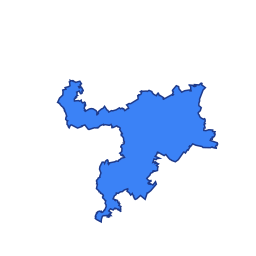 the district of Ashbourne Lea-6, Meath, Ireland, rotated 138°
{"feature_id": "5873133B77849268115801", "entity_name": "Ashbourne Lea-6", "entity_type": "district", "adm_level": 2, "iso_a3": "IRL", "parent_name": "Ireland", "parent_adm1": "Meath", "projection": "albers", "projection_center": [-6.417, 53.558], "detail": "fine", "context": "isolated", "style": "filled", "palette": "blue", "viewbox_px": 256, "rotation_deg": 138, "n_neighbors": 0, "source": "geoboundaries", "source_scale": "gbopen_adm2", "svg_char_len": 5819}
<svg xmlns="http://www.w3.org/2000/svg" viewBox="0 0 256 256"><g transform="rotate(138 128 128)"><path d="M139.1,202.1L139.8,201.2L140.8,201.5L141.0,200.8L142.8,198.2L144.6,198.5L147.7,200.1L148.1,198.4L151.1,199.9L152.1,198.3L154.4,196.1L158.9,196.0L163.2,194.1L162.6,193.3L162.8,192.7L162.3,191.8L162.7,191.1L162.7,188.6L162.4,187.1L162.8,185.5L162.5,185.4L163.2,183.4L163.7,183.4L164.1,181.1L165.7,177.7L166.7,177.6L168.5,176.2L168.5,174.9L168.0,173.7L169.0,173.5L170.9,171.4L170.8,170.0L171.5,168.9L171.6,167.5L168.9,168.6L167.9,168.0L165.5,161.7L161.2,159.9L160.8,159.9L160.8,160.4L158.0,159.1L158.4,153.8L158.0,153.0L152.7,150.6L151.6,149.3L150.5,148.9L150.4,148.2L146.9,148.3L143.8,147.1L144.1,146.4L142.7,145.8L140.1,142.5L138.2,142.0L138.9,140.1L138.6,139.8L139.7,139.1L139.0,138.4L134.9,137.1L134.8,135.6L134.4,135.4L133.8,133.5L134.2,132.8L135.2,132.5L136.0,128.0L136.4,128.1L136.3,127.5L137.5,127.7L138.1,126.8L137.7,126.1L138.0,123.6L139.6,121.6L139.8,120.4L140.4,120.4L140.2,120.2L140.6,119.5L141.4,119.0L143.9,119.6L145.8,119.0L146.1,118.7L145.8,118.0L146.1,116.9L148.5,114.6L151.0,114.8L150.8,113.7L151.4,112.6L150.7,111.8L150.8,111.3L150.1,111.5L150.3,111.0L149.9,110.8L150.3,108.5L153.5,110.1L154.4,109.8L156.4,110.3L157.5,109.8L158.9,111.4L160.4,111.7L164.7,114.3L166.8,113.9L166.6,114.9L165.6,115.3L165.1,117.0L164.6,117.3L164.6,118.1L164.9,118.3L166.8,118.4L169.0,117.4L168.7,118.1L169.0,119.0L170.1,119.9L174.7,118.1L176.7,116.5L178.2,112.7L181.3,111.0L181.7,110.2L183.7,110.7L185.0,110.1L186.3,110.2L187.0,109.6L187.3,108.5L188.6,107.6L188.3,107.3L188.3,106.7L192.0,104.1L191.7,100.9L192.2,100.0L191.7,99.3L191.6,98.6L191.9,98.2L191.7,97.9L192.0,97.7L191.2,95.8L191.5,95.2L191.3,94.8L191.7,94.0L193.1,93.8L193.6,92.8L193.3,92.1L193.5,89.8L193.2,88.9L195.5,87.2L195.6,85.8L196.8,84.2L200.3,82.6L200.4,82.9L202.7,82.4L203.8,82.6L203.6,83.5L204.1,83.6L203.8,84.2L204.3,84.3L204.7,85.2L206.3,86.0L208.4,85.9L208.6,85.7L208.2,85.4L210.6,84.8L211.0,84.0L211.6,83.9L211.4,83.4L212.8,82.7L212.6,81.1L210.8,76.1L208.8,78.0L206.2,79.5L205.0,79.3L202.3,77.0L202.2,75.9L202.8,75.8L202.1,74.7L201.3,74.5L201.7,76.6L199.2,74.3L199.1,75.9L199.4,76.4L197.1,76.1L197.8,79.3L195.1,79.7L193.9,77.0L191.6,77.2L191.5,76.5L190.9,76.6L190.3,75.5L190.1,73.7L189.3,73.8L189.5,72.2L189.3,71.1L188.9,71.1L189.1,72.3L187.8,72.4L186.8,74.0L185.8,74.4L186.6,76.6L184.9,77.2L185.4,78.3L184.4,78.8L185.2,79.8L184.3,81.2L185.2,82.8L185.9,82.5L186.1,82.9L185.5,83.3L186.5,85.3L183.5,86.7L181.4,86.5L180.2,87.5L179.1,86.0L176.3,85.6L174.8,84.5L172.2,84.4L168.9,83.0L169.2,82.5L171.0,81.8L170.5,78.9L170.9,76.3L168.7,76.4L169.1,75.7L169.2,73.8L169.9,73.3L170.1,71.6L170.5,71.3L170.4,70.1L168.7,69.5L163.9,69.5L163.0,63.5L157.1,66.9L156.7,66.4L152.9,66.2L144.5,67.3L143.5,69.7L147.6,69.0L148.5,71.4L149.1,71.2L150.1,72.6L149.8,72.8L150.0,73.6L149.1,73.9L148.7,72.9L147.3,73.7L146.5,73.1L146.1,73.6L147.3,74.4L147.9,76.3L147.8,78.0L143.3,78.3L141.5,79.2L139.1,78.5L138.4,79.3L137.4,78.9L137.2,78.6L137.5,78.3L137.0,77.9L134.5,76.7L132.4,78.8L131.6,79.0L131.9,81.0L129.4,80.9L130.1,82.4L131.3,83.3L130.1,83.4L130.4,84.8L131.5,84.9L131.7,85.5L132.5,85.8L129.4,87.6L128.3,85.7L126.8,85.8L124.8,84.4L126.7,88.8L124.8,89.0L122.3,90.3L122.1,90.0L122.6,89.7L122.3,89.2L121.7,89.4L119.6,83.3L117.6,83.0L117.9,78.5L117.8,76.5L117.3,75.6L117.3,74.8L115.4,71.2L111.8,70.8L102.8,72.9L102.3,72.2L102.1,71.0L98.4,72.0L98.1,71.3L94.6,72.5L94.9,73.2L94.1,73.4L93.8,72.4L90.5,72.9L89.1,69.8L85.4,64.7L85.3,63.3L79.9,58.2L78.2,57.6L78.1,56.9L77.0,55.2L75.9,53.9L75.6,54.2L76.2,55.3L74.1,56.0L73.7,55.4L72.7,55.8L72.2,56.1L72.4,56.3L71.6,57.3L75.2,63.7L73.8,64.4L72.9,63.3L71.8,64.7L71.3,64.1L70.9,64.5L70.2,64.0L68.9,64.2L67.3,65.2L67.7,66.1L65.8,67.0L67.5,68.8L66.4,69.8L69.1,72.6L71.9,73.9L73.3,75.5L71.7,77.1L70.6,76.5L69.0,79.8L67.8,79.5L67.8,80.7L66.1,81.4L64.9,83.0L65.0,83.8L65.9,83.9L66.9,86.2L67.1,88.2L66.3,90.6L66.3,91.4L65.6,92.4L62.7,92.5L60.1,94.0L60.3,94.3L60.0,94.8L60.4,97.2L58.8,99.0L56.7,100.1L55.5,101.6L46.8,106.0L43.5,106.2L44.4,110.8L43.2,111.6L43.6,112.4L46.4,112.5L49.6,115.8L50.1,115.2L48.9,114.3L49.5,113.7L50.7,114.1L51.4,115.1L50.5,115.5L53.7,119.0L53.9,118.7L53.7,117.5L53.8,116.8L55.7,114.5L56.2,113.4L57.1,114.1L56.9,115.1L57.6,115.6L60.8,117.7L64.1,118.7L63.9,123.0L62.7,124.9L63.8,127.1L69.5,126.3L70.1,125.9L70.2,124.4L71.8,123.7L72.1,122.9L71.9,122.5L72.4,122.4L73.0,122.6L73.2,123.4L82.3,125.6L82.4,126.2L81.3,126.7L82.5,131.0L83.0,131.2L82.2,133.4L83.3,133.4L83.2,133.7L85.4,133.1L86.4,136.0L86.3,138.4L85.9,139.1L87.2,141.9L89.2,142.3L89.7,143.2L92.6,145.5L93.1,146.5L94.5,146.7L94.2,145.3L95.3,144.6L96.9,144.7L97.7,145.5L98.5,144.9L99.1,145.5L100.8,143.0L101.3,142.8L109.7,144.3L110.9,145.5L113.6,146.1L113.6,144.3L114.4,142.2L116.7,143.0L117.9,142.8L118.8,143.1L118.3,145.3L119.2,146.0L119.0,146.6L119.4,146.9L120.8,147.3L120.9,148.7L124.6,149.4L127.9,151.0L128.7,152.0L131.6,152.7L131.2,154.6L131.6,155.4L130.9,159.8L133.3,159.3L135.0,159.9L138.5,160.0L139.7,159.7L140.0,158.9L140.4,158.6L142.2,158.6L142.0,159.2L140.9,159.9L140.0,159.1L139.8,159.4L140.6,160.3L140.1,162.3L141.1,165.6L142.3,167.0L144.0,168.0L148.6,169.0L148.5,170.1L147.7,169.8L147.5,171.8L146.3,172.8L145.5,172.9L145.3,173.6L143.7,173.0L144.9,173.7L144.7,174.3L143.8,174.0L143.4,174.7L143.3,175.7L142.9,175.7L143.0,176.4L144.7,176.8L145.0,177.4L144.8,179.2L144.2,180.0L146.1,180.4L146.4,181.5L149.7,183.9L148.5,185.5L147.0,185.2L146.9,185.8L145.7,185.4L145.6,186.3L143.8,185.9L144.0,186.5L142.4,188.2L142.2,189.0L139.5,188.1L140.2,185.7L140.1,184.9L138.5,184.7L137.6,186.2L136.4,185.6L136.1,186.0L135.3,189.5L137.4,190.4L137.0,191.8L136.1,191.1L135.0,191.2L134.6,192.2L133.0,192.0L132.5,195.0L136.4,196.9L136.5,197.7L137.5,199.3L137.0,199.5L137.2,200.1L138.9,201.3L139.1,202.1Z" fill="#3b82f6" stroke="#1e3a8a" stroke-width="1.5"/></g></svg>